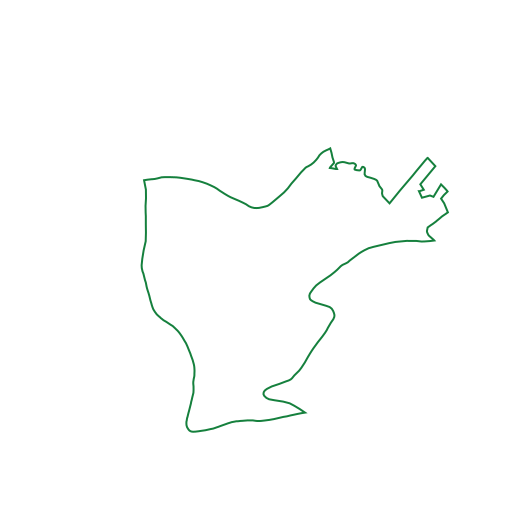 the district of Xuan Truong, Nam Định, Vietnam, rotated 216°
{"feature_id": "81297802B91982413663988", "entity_name": "Xuan Truong", "entity_type": "district", "adm_level": 2, "iso_a3": "VNM", "parent_name": "Vietnam", "parent_adm1": "Nam Định", "projection": "robinson", "projection_center": [106.347, 20.297], "detail": "fine", "context": "isolated", "style": "outline", "palette": "green", "viewbox_px": 512, "rotation_deg": 216, "n_neighbors": 0, "source": "geoboundaries", "source_scale": "gbopen_adm2", "svg_char_len": 5019}
<svg xmlns="http://www.w3.org/2000/svg" viewBox="0 0 512 512"><g transform="rotate(216 256 256)"><path d="M391.1,251.5L388.3,248.9L384.1,245.0L378.9,238.0L374.8,231.6L370.9,226.4L368.5,223.4L363.7,216.8L358.7,210.1L353.9,203.1L350.2,194.5L346.3,186.8L343.1,181.3L341.3,179.1L338.7,176.8L336.8,175.6L331.7,171.3L329.6,169.8L328.4,168.7L326.7,167.1L325.3,165.9L323.6,164.6L321.1,162.8L318.8,161.0L315.4,158.1L312.5,155.9L311.4,155.0L309.6,153.7L307.7,152.5L305.0,151.4L303.7,151.0L302.2,150.5L300.9,150.3L299.1,150.1L297.4,150.0L296.5,149.8L295.5,149.8L293.6,149.7L293.0,149.7L292.7,149.7L289.9,150.0L287.4,150.1L284.6,150.2L282.3,150.4L280.7,150.2L279.1,150.0L277.2,149.7L275.7,149.5L274.3,149.2L272.5,148.7L270.7,148.1L269.0,147.5L267.0,146.7L264.1,145.4L261.4,144.3L258.4,142.6L256.8,141.6L255.4,140.7L251.8,138.5L250.0,137.2L247.9,135.8L246.1,134.6L244.6,133.4L242.6,131.8L241.3,130.6L240.3,129.5L238.9,127.8L238.2,126.9L237.4,125.7L236.6,124.5L235.8,123.4L235.1,122.2L234.2,120.1L232.7,117.2L231.6,115.7L229.9,113.8L228.8,112.3L227.9,111.1L227.3,110.2L226.2,108.5L224.5,104.3L223.3,101.5L222.7,99.9L222.0,98.5L219.2,91.5L218.3,89.1L216.7,85.2L216.6,84.7L216.0,83.4L215.4,82.3L214.8,80.9L213.8,79.5L212.8,78.3L211.3,77.1L210.0,76.5L208.7,76.0L207.5,75.7L206.4,75.7L205.5,75.9L204.7,76.2L203.7,76.8L202.1,78.0L199.4,80.5L197.9,82.0L194.5,85.3L193.1,86.9L190.9,89.4L189.2,91.2L188.0,92.9L187.2,94.1L186.1,95.6L185.0,97.3L183.3,99.8L181.7,102.1L180.5,103.9L179.7,105.0L179.3,105.5L178.8,106.2L178.1,107.2L175.9,109.5L174.7,110.8L173.1,112.0L171.9,113.2L170.2,114.6L168.8,115.8L166.6,117.7L164.6,119.2L162.0,121.1L158.7,122.8L156.1,124.6L154.8,125.7L152.3,128.0L150.3,129.9L148.9,131.2L146.5,133.7L145.8,134.4L143.2,137.4L139.3,141.9L136.8,144.4L134.2,147.5L132.1,149.8L129.6,152.6L127.0,155.4L124.3,158.1L130.6,157.9L137.4,157.3L142.2,156.6L148.4,154.2L156.4,150.1L161.2,147.8L164.2,147.3L167.1,147.7L168.6,148.5L169.3,149.5L169.7,150.5L169.8,151.4L169.7,152.8L169.0,155.0L166.6,159.7L161.9,166.3L159.8,169.5L157.9,172.4L156.4,174.5L155.4,176.5L155.2,177.3L155.0,178.2L154.8,181.9L154.5,183.7L153.7,188.5L153.6,192.1L153.9,198.5L154.6,204.5L155.0,209.0L155.2,212.2L155.3,215.1L155.3,222.6L155.0,229.8L155.0,234.5L155.2,237.7L155.6,240.0L156.2,246.0L156.3,250.3L156.9,252.8L157.8,254.3L159.3,255.6L161.3,256.9L163.8,257.9L166.4,258.0L170.1,256.9L176.0,254.8L179.9,253.4L180.5,253.2L183.6,252.7L185.6,252.6L186.8,252.8L188.1,253.7L189.5,255.2L190.3,257.3L190.4,259.5L190.4,263.6L190.0,267.6L188.7,272.1L186.1,279.4L184.4,284.1L183.1,288.8L182.9,289.6L182.2,292.7L181.5,297.2L181.5,297.4L180.8,299.6L178.9,303.0L178.0,304.9L177.5,307.4L176.6,310.4L174.2,318.4L173.1,321.2L171.7,324.3L169.4,328.6L168.5,329.7L166.3,332.5L163.2,336.1L158.2,341.9L155.8,344.7L151.5,349.3L143.1,356.7L135.2,362.4L130.6,365.0L128.5,366.6L124.1,370.3L120.9,373.3L121.8,373.5L122.8,373.6L126.1,373.9L127.4,374.0L128.6,374.2L130.4,375.1L131.8,376.0L132.4,376.7L133.9,380.0L132.6,383.9L131.9,385.7L130.6,389.9L130.5,390.5L129.6,393.9L128.8,397.3L126.4,404.1L134.7,409.2L134.9,409.3L140.0,411.2L139.8,415.7L138.9,420.8L139.8,421.1L143.5,421.9L148.4,422.7L147.2,408.2L150.8,407.2L156.0,400.7L162.2,404.2L161.9,404.4L159.2,408.2L165.2,410.6L163.7,434.1L174.8,436.3L174.9,436.2L175.3,432.8L176.2,419.1L176.5,413.3L178.0,393.9L178.9,377.1L188.6,378.9L189.8,379.8L190.9,380.8L192.2,383.1L192.7,383.6L193.1,383.9L194.4,384.3L196.2,384.8L197.5,385.2L198.2,385.7L200.7,387.2L202.2,388.1L203.5,388.2L204.2,388.1L205.7,387.8L209.4,386.6L212.5,385.4L213.8,385.2L214.7,385.2L215.4,385.6L216.1,385.9L217.0,387.2L217.8,388.6L218.9,390.4L219.9,391.1L221.3,391.2L222.0,390.9L222.3,390.6L222.4,390.0L222.3,389.6L222.1,387.7L222.1,386.7L222.4,386.2L223.0,385.8L224.2,385.1L225.1,384.6L226.7,384.0L227.1,384.0L227.3,384.2L227.6,384.6L227.9,385.6L228.1,387.1L228.3,388.0L229.0,388.5L229.9,388.7L231.3,388.5L232.0,388.2L232.9,387.5L234.0,386.4L235.0,385.6L237.1,384.8L239.5,383.9L241.1,383.0L242.3,381.9L243.5,380.5L244.7,378.8L244.9,378.0L244.9,377.3L244.9,376.5L244.7,375.9L244.2,375.4L243.1,374.8L241.6,374.0L242.6,373.3L246.4,371.5L248.0,370.6L248.1,370.9L248.1,371.7L248.0,372.8L247.7,375.9L247.6,377.1L248.1,377.8L252.1,380.7L255.5,383.8L259.2,386.7L260.0,385.0L261.3,382.8L262.7,380.0L263.5,377.3L263.9,374.6L263.8,373.7L263.7,371.8L263.8,369.2L264.3,365.5L265.2,362.3L266.5,359.3L267.5,357.5L267.9,356.0L268.1,354.3L268.7,350.2L269.3,341.8L269.7,337.5L269.9,335.4L270.0,329.5L270.7,323.9L272.2,317.5L274.3,309.0L275.4,305.1L276.1,303.4L277.4,301.7L279.7,299.0L280.1,298.6L281.9,296.6L283.9,295.0L285.7,293.8L288.3,292.7L291.0,292.1L294.5,292.0L298.2,291.4L302.4,290.6L306.3,289.7L311.2,288.6L314.1,288.2L318.5,287.8L318.9,287.8L323.8,287.5L327.2,287.5L330.3,287.2L334.6,286.4L338.3,285.6L342.6,284.3L346.3,283.0L350.4,281.1L352.8,280.1L357.4,277.8L363.4,274.7L366.7,272.8L372.0,269.2L376.0,266.3L378.6,264.2L381.4,260.8L383.2,258.8L384.9,257.3L385.2,257.0L385.4,256.9L387.4,255.1L388.6,254.0L391.1,251.5Z" fill="none" stroke="#15803d" stroke-width="2"/></g></svg>